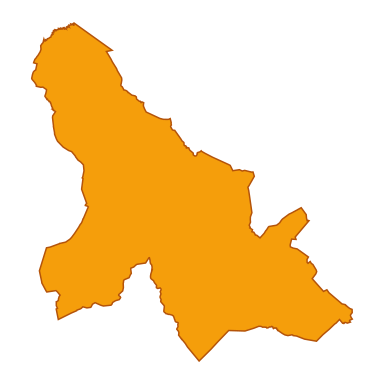 the district of Dunalkas pag., Durbes, Latvia
{"feature_id": "27541924B30514454851640", "entity_name": "Dunalkas pag.", "entity_type": "district", "adm_level": 2, "iso_a3": "LVA", "parent_name": "Latvia", "parent_adm1": "Durbes", "projection": "albers", "projection_center": [21.324, 56.682], "detail": "fine", "context": "isolated", "style": "filled", "palette": "amber", "viewbox_px": 384, "rotation_deg": 0, "n_neighbors": 0, "source": "geoboundaries", "source_scale": "gbopen_adm2", "svg_char_len": 5768}
<svg xmlns="http://www.w3.org/2000/svg" viewBox="0 0 384 384"><path d="M199.1,361.0L211.2,349.0L218.0,341.6L228.7,330.5L245.0,331.0L253.6,328.3L258.8,326.3L261.1,326.4L262.6,327.2L264.0,327.1L266.3,327.3L266.6,327.9L267.0,328.0L268.1,327.8L269.6,326.9L270.9,327.0L271.8,326.4L272.9,327.1L272.9,327.6L273.4,328.6L274.9,327.8L275.3,328.1L276.5,328.1L276.7,329.1L277.6,329.4L277.6,330.5L278.2,330.6L282.4,333.5L284.9,334.9L287.9,335.6L292.0,334.8L292.8,335.1L293.1,335.6L296.5,336.0L304.5,339.1L316.5,341.2L323.0,334.6L329.3,329.2L334.7,324.0L336.0,323.2L339.5,319.5L342.6,323.2L343.8,323.5L344.1,323.4L344.2,322.6L345.3,322.4L347.4,323.1L350.4,322.1L349.5,321.0L349.7,320.3L352.3,319.1L351.0,317.2L350.4,315.3L350.6,314.7L352.2,312.7L352.1,309.4L349.8,308.5L346.1,305.7L346.3,305.6L345.2,304.6L342.0,303.9L329.0,292.8L326.9,289.8L323.5,291.4L312.2,278.7L315.8,273.9L316.7,271.6L316.1,269.8L312.9,264.5L311.3,263.4L310.2,261.5L308.0,263.3L307.1,262.4L307.0,259.5L308.4,257.0L297.1,248.9L293.2,248.1L290.4,246.9L290.1,245.1L291.6,239.1L296.0,239.4L295.2,237.0L309.0,220.7L307.7,220.3L307.1,220.6L306.5,218.1L306.2,214.6L301.2,207.7L291.5,213.0L289.1,214.1L282.5,219.0L281.5,220.1L279.6,222.9L276.6,225.2L269.0,226.5L268.3,227.1L266.6,229.8L265.7,230.8L264.2,233.3L260.0,237.9L256.7,235.2L255.3,235.0L254.9,233.9L253.8,232.2L251.9,231.7L252.5,229.7L249.9,228.0L250.3,227.7L249.2,225.2L250.5,222.2L250.3,219.9L250.4,216.9L251.9,212.7L249.5,195.9L248.7,190.5L247.9,187.2L248.8,186.0L254.3,176.3L253.0,172.0L251.5,172.1L244.7,170.4L242.2,171.0L239.5,169.7L232.8,170.7L230.2,165.4L228.5,164.5L212.7,157.3L205.0,153.3L201.5,151.3L201.2,150.8L199.9,151.9L197.7,152.5L197.5,152.8L197.3,153.7L197.1,153.6L197.1,154.1L196.8,155.1L195.9,156.0L194.8,156.0L193.3,154.9L193.2,153.1L189.8,150.2L189.2,149.1L188.9,148.0L188.6,147.8L187.9,148.0L187.3,147.5L186.5,147.9L186.5,147.6L186.2,147.4L186.3,146.9L186.1,146.2L185.3,145.7L184.5,145.7L184.1,145.1L183.9,142.5L182.0,140.9L180.8,138.9L174.7,130.3L174.1,130.4L172.4,129.9L170.6,126.7L170.8,125.8L171.4,125.0L171.1,123.4L171.2,122.5L170.2,118.6L168.8,119.3L167.3,119.4L163.2,119.3L159.8,118.4L146.5,112.2L146.1,111.9L144.7,109.2L143.5,106.3L143.4,105.0L143.7,102.7L141.9,101.9L141.1,102.6L140.2,101.2L139.4,101.3L136.6,99.1L136.3,96.9L135.1,95.9L131.8,95.1L128.4,92.5L128.0,92.5L127.8,91.9L127.1,91.2L125.8,90.4L123.6,89.8L123.6,89.3L122.3,86.9L120.9,85.7L120.8,85.0L121.2,83.7L121.8,80.1L121.6,77.9L117.3,70.6L116.6,68.7L112.3,61.8L110.9,59.0L106.4,51.5L112.1,50.3L74.0,23.0L73.4,23.4L74.3,23.9L73.8,24.4L73.8,25.2L73.2,25.1L73.1,24.6L71.1,24.0L71.4,24.5L71.2,24.9L70.6,24.8L70.0,25.2L69.0,25.1L69.2,25.7L68.5,25.9L68.9,26.7L68.6,26.5L68.3,26.7L67.9,26.3L67.0,26.7L67.7,27.2L66.9,27.4L66.9,27.9L66.3,27.8L65.3,28.4L65.7,28.9L65.2,28.7L64.4,29.1L64.2,28.6L64.5,27.9L64.1,27.5L63.7,27.7L64.0,27.8L64.0,28.1L63.5,28.4L63.1,28.0L62.8,28.6L62.1,29.1L61.6,28.5L61.1,28.9L60.7,28.1L60.2,28.5L60.4,28.9L59.9,29.2L59.3,29.2L59.3,28.5L58.4,28.4L58.5,29.1L58.3,29.2L58.3,29.5L56.6,29.9L56.5,30.3L56.0,29.9L55.2,29.7L55.3,30.7L55.2,30.7L54.7,29.8L53.5,30.7L54.0,31.6L53.8,32.2L53.5,31.6L52.2,32.9L52.8,34.2L52.1,34.2L51.9,34.5L52.0,35.0L51.3,35.2L50.8,37.2L49.9,37.4L48.5,38.5L47.4,38.7L46.6,40.2L45.7,39.8L45.6,40.6L45.5,40.9L45.0,40.9L44.1,39.7L43.9,39.1L43.3,41.4L43.6,41.6L43.2,42.4L41.9,43.9L40.7,45.7L41.0,49.3L40.2,51.7L37.8,55.7L37.0,56.5L36.4,57.6L34.9,59.3L33.8,62.1L33.6,62.8L37.0,63.8L35.7,70.0L34.5,70.7L33.3,72.1L32.5,74.5L31.7,78.4L32.1,79.4L34.7,82.4L36.5,85.3L36.2,85.9L36.3,86.3L40.8,87.3L42.9,87.1L46.5,89.6L46.3,91.4L45.8,93.5L44.9,96.1L45.1,96.6L46.6,98.7L46.9,98.9L46.9,99.3L47.3,99.2L47.3,99.5L48.9,101.0L49.0,101.4L49.3,101.3L49.7,101.9L50.2,102.0L50.6,102.8L50.5,103.1L51.0,103.9L51.5,105.9L52.7,108.4L52.3,108.8L52.6,108.8L52.8,109.4L53.2,109.7L53.0,109.8L53.4,110.2L53.4,110.5L54.4,110.8L55.5,111.6L52.7,115.9L52.5,117.5L53.5,126.1L53.4,126.4L54.5,132.4L54.6,134.3L56.4,139.0L57.6,141.3L63.2,147.1L68.6,150.5L71.6,151.6L75.3,156.0L75.5,156.7L78.0,160.1L80.7,162.0L83.4,164.8L84.0,170.8L82.8,176.8L82.2,177.9L83.0,178.5L81.6,189.2L86.7,203.4L85.5,204.7L85.3,205.5L87.6,206.2L88.3,206.9L83.4,218.5L83.1,218.7L82.2,221.4L81.3,223.2L80.2,224.5L78.7,227.2L74.6,233.4L71.6,237.4L69.9,239.2L65.7,242.1L60.1,243.4L59.9,243.3L59.6,243.6L50.1,247.1L46.5,247.8L39.4,270.8L41.8,282.2L41.8,282.9L46.0,290.8L46.8,292.0L56.0,290.6L57.5,292.0L59.3,294.3L60.1,295.1L59.2,296.5L58.5,298.7L58.3,300.4L57.1,301.5L56.3,301.7L56.3,305.7L57.5,308.3L56.2,309.0L58.3,319.5L71.4,313.0L76.7,310.7L77.0,310.1L80.1,309.0L81.3,308.3L82.8,306.8L86.9,307.9L90.5,307.4L91.0,307.1L92.5,304.2L95.1,302.7L101.0,305.3L103.4,306.0L111.0,305.2L111.9,304.3L112.6,302.5L115.5,300.7L119.3,299.6L120.6,297.6L120.2,296.6L118.7,295.4L118.7,294.6L122.7,290.9L123.4,287.6L123.2,283.3L123.5,282.2L123.6,280.6L124.3,279.7L129.1,277.7L130.3,274.9L131.3,273.4L130.7,268.9L130.8,268.2L133.8,267.0L135.8,265.1L137.0,264.3L145.6,263.0L148.9,257.8L149.4,257.7L150.0,260.1L150.1,261.6L150.5,263.6L151.6,264.8L152.1,267.0L152.0,268.4L151.7,270.6L152.0,270.4L150.9,273.8L150.5,276.1L150.6,277.9L151.2,278.9L153.6,280.8L154.4,282.6L156.4,285.1L156.6,285.6L156.3,287.2L156.5,287.8L157.8,288.5L160.1,287.9L160.9,288.8L161.1,289.6L161.0,290.0L160.2,291.7L160.9,293.6L160.9,294.2L160.1,296.4L160.1,297.5L161.1,299.6L160.7,301.2L160.9,301.9L164.2,305.7L164.3,306.8L163.8,311.2L164.0,311.7L164.5,312.4L165.5,313.0L166.1,313.8L167.2,313.8L168.2,314.4L169.0,314.3L171.9,315.0L173.4,316.0L174.2,318.0L174.4,319.0L174.8,319.7L175.2,321.2L175.8,321.9L178.0,322.6L178.2,323.1L177.8,324.7L178.0,326.1L178.0,326.7L176.8,328.9L176.8,329.3L178.4,331.2L178.9,332.8L178.6,335.1L181.5,339.1L181.6,338.9L185.3,343.5L187.5,347.0L199.1,361.0Z" fill="#f59e0b" stroke="#b45309" stroke-width="1.5"/></svg>